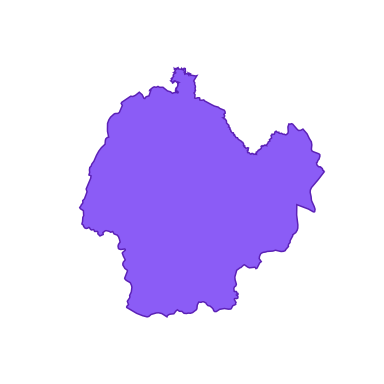 Na Duang, Loei, Thailand, rotated 229°
{"feature_id": "78962969B28379819304677", "entity_name": "Na Duang", "entity_type": "district", "adm_level": 2, "iso_a3": "THA", "parent_name": "Thailand", "parent_adm1": "Loei", "projection": "albers", "projection_center": [102.034, 17.538], "detail": "fine", "context": "isolated", "style": "filled", "palette": "violet", "viewbox_px": 384, "rotation_deg": 229, "n_neighbors": 0, "source": "geoboundaries", "source_scale": "gbopen_adm2", "svg_char_len": 6008}
<svg xmlns="http://www.w3.org/2000/svg" viewBox="0 0 384 384"><g transform="rotate(229 192 192)"><path d="M179.8,309.8L178.2,307.1L174.4,304.2L173.5,303.0L173.4,300.9L173.9,300.0L175.2,299.5L175.4,299.0L176.3,298.4L177.6,298.1L178.0,297.3L179.1,296.4L179.7,296.3L180.1,296.7L181.2,295.5L182.7,295.4L182.8,295.0L182.9,294.1L181.7,292.2L182.5,290.6L183.1,290.4L182.7,289.5L182.8,288.8L180.5,287.5L180.7,284.8L179.4,284.3L179.7,282.3L179.1,281.4L178.6,279.1L178.1,278.8L179.0,278.4L178.9,278.1L179.2,277.6L179.8,277.5L180.1,275.4L181.0,275.3L181.1,274.1L180.3,273.8L179.6,273.0L179.4,271.6L179.9,270.6L179.6,270.0L180.0,269.4L179.5,267.7L179.9,266.8L178.3,265.5L179.1,265.3L178.7,264.7L179.8,263.8L179.8,263.4L181.3,263.1L181.4,262.6L181.9,262.3L181.9,261.4L182.3,261.0L184.4,260.8L185.0,260.0L185.8,260.1L186.1,260.7L186.9,261.0L186.7,261.5L187.1,261.6L187.0,261.9L188.1,263.5L188.8,263.2L189.5,261.4L191.6,261.5L191.6,261.1L192.3,261.2L192.4,261.9L193.5,261.5L194.2,262.4L196.2,262.9L196.9,262.5L197.7,262.6L201.4,261.5L203.1,261.9L204.3,260.9L206.1,261.3L207.0,260.9L207.4,261.7L208.6,261.4L209.5,262.0L210.3,261.2L212.3,261.1L213.1,261.8L214.5,261.7L215.2,262.6L216.5,262.7L217.1,262.3L217.3,262.9L218.2,263.6L221.3,263.3L223.2,264.7L225.3,264.9L226.2,264.3L226.8,264.6L227.6,264.2L227.2,265.2L228.0,266.6L229.8,267.1L229.7,268.8L231.1,269.7L232.5,270.0L236.9,267.8L238.8,267.5L242.1,265.3L245.0,264.1L252.4,261.3L253.8,261.3L254.8,259.6L256.1,258.3L256.4,258.3L257.7,259.4L258.4,259.3L259.3,258.3L260.2,256.3L261.2,255.7L263.4,258.1L265.4,258.5L265.6,260.0L266.5,260.8L266.4,261.3L267.9,262.1L268.8,262.9L268.9,263.4L269.9,264.1L271.8,264.7L272.5,265.7L274.7,266.1L276.6,272.0L277.1,270.9L280.5,268.2L280.7,267.7L281.7,267.7L282.0,268.4L283.4,267.8L283.0,267.4L283.8,267.2L282.7,266.9L282.3,266.3L283.5,266.5L285.3,265.1L285.6,263.9L286.8,264.5L286.5,265.2L286.7,265.6L287.6,265.1L287.5,266.1L288.1,266.8L289.1,267.5L289.5,267.3L289.7,267.8L290.3,267.5L290.5,267.3L290.2,266.8L290.6,266.2L289.8,265.5L290.9,265.0L292.0,265.2L291.6,264.4L293.7,262.6L295.0,263.1L295.4,261.4L294.8,261.6L294.7,260.9L296.0,260.5L296.2,259.8L296.8,259.7L295.9,259.1L295.3,259.3L294.3,258.9L294.2,258.0L293.7,257.6L294.0,257.0L292.7,257.6L293.0,255.8L292.5,254.4L291.3,253.9L291.1,250.9L290.4,251.2L290.4,250.4L289.5,249.3L289.7,248.9L287.4,249.2L287.0,248.9L286.8,249.6L287.6,249.6L287.0,250.7L287.4,251.0L287.0,251.5L287.2,251.9L286.5,252.4L285.1,252.4L284.4,252.9L284.5,253.4L283.5,253.9L284.0,252.8L283.3,252.4L282.9,252.8L282.1,251.4L281.5,251.1L280.9,249.4L280.9,248.6L280.2,248.1L280.6,247.7L280.0,247.4L279.8,246.4L279.3,246.5L278.7,245.7L278.5,246.4L278.0,246.2L278.0,246.9L277.5,247.2L277.0,246.9L276.4,247.1L276.1,246.3L277.3,245.6L278.7,243.7L279.3,242.0L281.8,241.5L284.4,239.8L290.1,238.8L292.3,236.2L294.0,235.6L294.5,233.7L296.2,232.4L296.6,230.8L296.7,227.2L296.4,226.6L295.7,227.5L292.8,222.6L294.0,219.8L293.5,217.7L294.3,217.2L298.1,218.2L301.9,217.7L302.1,212.7L302.9,210.0L304.5,208.6L305.8,198.0L305.4,196.7L303.0,196.2L299.7,189.3L299.9,187.7L301.7,185.4L302.0,184.2L301.9,179.6L301.0,176.6L299.2,173.3L295.1,169.6L293.2,168.0L288.1,165.1L288.7,163.7L288.7,162.0L288.0,160.7L285.1,157.7L284.9,152.7L284.0,148.5L282.4,144.1L279.6,138.2L278.8,134.7L277.7,132.8L277.6,131.0L276.0,129.1L273.9,127.6L272.5,125.4L270.4,126.4L268.8,124.5L263.7,114.1L261.0,112.9L259.6,110.4L257.4,106.3L257.2,103.9L255.7,102.8L255.1,101.8L255.1,100.4L254.6,99.6L253.9,97.0L252.5,96.8L249.2,97.8L245.2,94.7L244.5,93.0L241.5,90.0L240.1,87.9L238.2,88.2L237.2,87.7L235.3,87.5L233.9,88.2L233.1,89.7L233.1,90.7L232.5,91.2L230.3,90.9L229.3,91.2L228.2,93.0L227.1,93.0L226.2,92.6L224.2,94.8L223.3,94.6L222.2,93.5L219.2,93.7L218.2,97.1L219.8,98.2L219.6,101.2L219.0,102.0L216.8,103.6L214.9,104.3L214.2,106.2L211.5,105.7L208.5,107.3L206.5,107.2L204.1,106.3L201.4,104.9L200.7,102.2L199.7,100.7L197.8,99.5L196.9,99.5L195.3,100.5L193.2,103.8L192.5,104.0L191.9,103.5L191.9,100.2L191.7,99.3L188.6,98.1L184.6,97.1L184.1,94.1L183.3,92.8L182.2,91.9L178.3,91.2L175.7,91.8L174.8,91.6L171.1,84.6L170.2,84.3L168.4,84.4L164.1,85.9L161.3,85.1L159.5,84.1L156.4,80.6L154.8,77.0L153.6,76.3L153.0,75.4L152.0,71.5L148.7,70.2L148.5,68.0L148.1,67.2L147.6,67.0L136.8,70.6L131.0,73.6L127.2,76.2L126.4,77.8L126.4,80.8L124.1,85.8L122.7,87.6L120.0,89.5L114.2,91.2L114.8,92.3L114.7,94.0L114.1,95.4L112.0,98.4L112.7,101.8L112.7,103.7L110.3,104.2L108.5,106.1L105.7,106.4L103.9,108.1L103.1,109.7L101.5,111.3L100.6,113.3L100.3,118.1L100.7,119.1L103.2,121.8L104.5,124.9L102.8,126.4L102.3,127.9L101.6,128.7L99.1,129.7L98.0,129.4L95.9,129.5L94.0,130.8L91.2,131.2L89.5,131.1L88.1,130.5L86.7,130.8L85.8,132.0L85.3,135.9L82.8,140.0L79.7,142.6L78.3,144.4L78.2,145.1L79.4,148.1L78.5,151.2L79.7,152.2L79.8,152.8L82.9,153.3L83.6,154.0L83.5,154.5L82.2,155.8L81.9,156.9L82.2,157.4L83.2,158.2L85.0,158.0L84.5,159.4L84.8,159.9L85.6,160.1L86.3,159.5L87.3,160.1L88.1,160.0L88.6,159.1L89.3,158.7L91.7,160.2L92.5,161.7L92.4,163.5L93.3,165.0L97.4,166.9L99.7,168.5L103.6,174.4L103.3,178.4L102.9,179.4L103.0,182.9L102.7,183.8L98.7,184.8L97.1,185.6L94.1,189.9L93.7,190.2L92.2,190.0L91.9,191.2L94.1,196.6L94.0,198.6L97.6,199.0L99.1,200.7L100.2,203.0L100.3,204.1L99.8,206.0L98.3,208.4L97.9,209.6L94.3,214.4L93.3,216.8L88.6,220.2L87.1,222.3L86.6,224.1L87.0,224.6L87.6,229.1L88.6,229.7L89.3,230.9L89.5,232.8L90.9,234.2L92.9,239.4L93.6,239.9L93.3,243.7L94.2,246.4L95.3,248.1L97.7,250.3L106.0,255.9L113.7,262.8L102.7,268.7L97.5,270.5L96.8,271.1L96.7,271.7L98.3,273.6L100.9,274.7L107.2,276.6L110.5,278.9L114.3,281.0L115.9,282.7L117.0,285.2L118.5,295.1L120.5,305.0L121.0,304.9L121.8,305.4L122.6,305.0L124.1,305.7L125.8,305.6L126.3,305.2L126.7,305.4L128.1,304.1L130.7,304.1L132.4,305.2L132.3,306.1L133.2,307.6L133.5,309.5L135.1,312.0L136.4,313.0L137.6,312.8L143.0,309.9L144.5,309.5L146.0,310.2L148.9,313.3L151.6,315.0L155.3,315.6L160.4,317.0L166.7,317.0L167.2,314.5L168.5,312.8L170.1,312.5L177.2,312.5L178.3,311.9L178.9,310.4L179.8,309.8Z" fill="#8b5cf6" stroke="#5b21b6" stroke-width="1.5"/></g></svg>